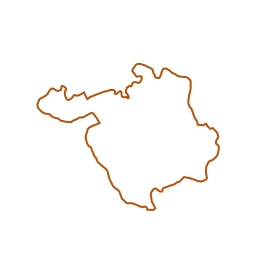 SVG path tracing the border of Ghazni, rotated 113°
{"feature_id": "AFG-1757", "entity_name": "Ghazni", "entity_type": "Province", "adm_level": 1, "iso_a3": "AFG", "parent_name": "Afghanistan", "parent_adm1": "", "projection": "natural_earth1", "projection_center": [67.708, 33.141], "detail": "fine", "context": "isolated", "style": "outline", "palette": "amber", "viewbox_px": 256, "rotation_deg": 113, "n_neighbors": 0, "source": "natural_earth", "source_scale": "10m", "svg_char_len": 5334}
<svg xmlns="http://www.w3.org/2000/svg" viewBox="0 0 256 256"><g transform="rotate(113 128 128)"><path d="M61.3,118.9L59.5,118.5L58.4,115.8L58.9,111.8L59.4,110.4L59.7,110.1L59.8,109.7L59.9,109.2L60.0,105.6L60.2,104.6L60.4,103.9L60.6,103.1L60.5,100.8L58.5,94.5L58.5,92.9L58.5,92.3L59.5,89.8L60.3,88.9L60.6,88.7L61.3,88.2L67.6,85.6L71.6,84.7L73.3,84.8L73.7,84.7L80.5,82.7L81.9,81.9L83.4,80.8L84.5,79.3L85.0,78.2L85.8,77.0L86.4,76.2L90.9,72.2L92.4,70.8L94.8,67.2L95.3,66.7L95.8,66.3L97.3,65.5L97.5,65.0L97.6,64.5L96.6,61.3L96.1,60.0L95.8,59.4L95.7,59.3L94.6,58.8L93.8,58.3L93.7,57.9L93.7,57.5L94.2,56.8L94.9,56.2L95.1,55.9L95.3,55.5L96.1,53.2L96.5,52.3L96.5,51.8L96.3,51.3L95.0,50.2L96.3,46.7L96.6,46.1L97.2,44.7L98.1,43.5L101.0,41.3L104.3,41.8L105.5,41.8L107.7,41.0L108.1,40.7L108.2,40.4L108.6,38.5L108.9,38.0L109.4,37.6L110.3,36.8L110.9,36.5L111.4,36.3L116.2,35.3L118.0,35.2L120.2,35.7L122.8,36.7L125.0,38.2L126.7,40.0L127.5,40.4L128.4,40.6L131.7,40.8L132.6,40.8L133.7,40.6L138.2,39.0L140.2,37.9L141.2,37.0L141.6,36.9L142.1,36.6L142.3,36.4L143.3,35.7L144.9,36.1L145.9,36.8L148.0,38.9L148.6,39.7L149.0,40.6L149.7,44.5L149.7,45.1L149.6,46.4L149.6,47.1L149.7,47.9L150.0,48.8L150.0,49.4L150.0,50.1L149.9,50.7L150.0,51.4L150.1,52.3L150.8,54.4L150.8,55.7L151.3,57.1L152.0,57.6L152.9,57.9L157.3,59.7L157.7,60.0L158.4,61.3L161.8,63.4L162.8,64.6L163.1,65.0L169.1,71.5L169.6,71.9L170.0,72.1L170.4,72.2L171.1,72.1L171.7,72.0L173.3,71.9L173.9,73.8L173.9,74.3L173.8,75.0L173.3,76.7L172.9,78.1L172.9,78.9L173.0,79.4L173.1,79.6L173.3,79.9L174.0,80.3L174.9,80.7L177.7,81.4L178.4,81.4L179.6,81.3L180.2,81.1L186.1,77.5L186.6,77.1L189.6,73.3L191.3,71.6L193.4,72.6L193.7,73.0L194.0,73.6L194.1,74.1L194.7,75.9L195.4,77.4L195.6,78.1L195.6,78.5L194.9,78.7L194.6,78.9L194.3,79.2L194.0,79.8L193.8,80.5L193.6,81.4L193.8,81.8L194.1,82.2L194.4,82.5L194.8,82.8L194.9,83.1L194.8,84.1L194.9,84.4L195.4,85.0L195.6,86.9L195.6,87.0L195.4,90.1L195.5,93.2L195.7,94.8L196.0,95.8L196.8,97.5L197.4,99.0L197.6,99.9L197.5,100.6L195.8,104.5L195.4,106.0L190.3,110.7L189.5,111.9L188.8,114.3L188.5,115.9L188.0,117.3L187.4,118.8L186.6,120.0L182.3,125.0L175.7,130.1L174.9,131.2L174.4,132.3L171.2,142.4L168.3,145.5L167.8,146.6L166.9,148.1L162.0,153.0L161.2,153.8L160.5,154.4L160.3,154.8L160.2,155.6L160.0,157.0L159.5,158.0L157.7,160.0L154.8,162.3L153.9,162.8L152.0,163.6L150.1,164.0L145.8,164.3L144.9,164.6L144.3,164.5L143.6,164.2L140.7,162.3L134.6,156.1L131.2,160.4L128.3,165.6L128.1,166.2L128.1,166.5L128.1,166.9L129.6,168.7L136.2,173.9L136.7,175.9L137.4,176.8L139.5,178.2L142.6,181.4L143.0,181.7L144.4,182.3L144.7,182.5L144.9,182.8L145.2,183.4L146.6,188.0L147.1,190.7L147.4,191.6L147.5,192.3L147.5,192.9L146.9,194.5L146.7,195.4L146.7,196.4L147.2,199.9L147.0,203.1L146.4,204.2L146.1,204.7L146.0,205.4L146.2,206.4L147.1,210.0L147.2,210.8L147.2,211.5L146.7,213.9L144.8,218.5L142.0,220.5L141.6,220.7L136.9,220.8L136.3,220.7L135.6,220.4L134.7,219.7L133.6,218.7L131.6,217.4L130.2,216.2L129.3,215.8L127.9,215.4L123.5,214.7L123.1,214.5L122.0,213.8L121.3,213.3L121.1,213.0L121.0,212.5L121.0,211.7L121.5,208.4L121.4,207.6L121.2,206.9L120.4,205.8L119.8,205.3L119.3,204.9L119.0,204.7L118.7,204.7L118.4,204.7L118.0,204.8L116.0,205.4L115.7,205.4L115.1,205.2L114.9,204.6L114.8,203.9L115.0,202.6L115.2,201.7L115.6,200.9L116.0,200.5L116.4,200.1L116.6,200.0L116.8,199.9L117.1,199.9L118.2,200.2L118.9,200.3L119.1,200.4L119.4,200.3L119.8,200.2L121.7,199.2L123.0,198.3L124.2,197.2L125.1,196.1L125.4,195.6L125.6,195.1L125.7,194.6L125.6,194.2L125.3,193.6L124.7,192.9L122.3,191.4L121.8,191.2L119.1,190.7L118.9,190.5L118.7,190.3L118.1,187.3L117.0,185.9L112.5,182.4L117.3,176.9L117.4,176.6L117.2,176.4L114.8,175.3L114.1,174.8L103.3,163.6L103.1,163.3L103.0,162.5L102.8,162.2L101.0,160.5L99.2,157.7L98.8,156.6L98.8,155.7L98.9,155.3L99.0,154.9L99.2,154.5L99.4,154.2L99.7,154.0L99.9,153.9L100.9,153.8L101.2,153.7L101.4,153.5L101.6,153.3L101.6,153.0L101.5,152.7L101.3,152.4L101.0,151.9L100.4,151.5L97.9,150.4L97.5,150.1L97.1,149.4L97.1,148.9L97.2,148.5L97.5,148.2L100.2,146.7L100.6,146.4L100.9,146.1L101.2,145.7L101.4,145.3L101.4,144.9L101.4,144.4L101.3,143.8L101.1,143.3L100.9,142.9L100.8,142.7L100.5,142.3L100.1,141.8L100.0,141.7L100.0,141.4L100.1,141.2L100.2,140.9L100.5,140.4L100.6,140.2L100.6,139.9L100.7,139.6L100.5,139.4L100.1,139.3L99.3,139.4L98.9,139.7L98.6,139.9L97.4,141.4L96.6,142.8L96.0,143.7L95.6,144.1L95.2,144.3L94.8,144.5L94.3,144.6L92.1,144.6L91.6,144.8L91.2,144.8L90.9,144.6L90.3,144.0L89.9,143.7L88.9,143.4L88.7,143.2L88.6,142.9L88.7,142.2L88.6,141.9L88.5,141.6L88.4,141.4L88.1,141.2L87.8,141.1L87.1,141.1L84.9,141.4L84.6,141.4L84.3,141.2L83.8,140.7L83.1,139.6L82.8,138.8L82.6,138.0L82.5,136.2L82.4,135.8L82.2,135.5L81.8,135.2L81.2,135.0L79.1,134.5L77.2,134.7L76.2,135.0L75.9,135.2L75.6,135.5L75.5,135.9L75.5,136.7L75.7,137.3L76.1,138.0L77.0,139.5L77.2,139.8L77.3,140.2L77.1,140.8L76.6,141.7L75.4,143.4L74.5,145.1L74.4,145.6L74.2,146.0L73.8,146.3L73.4,146.5L71.2,146.5L70.4,146.2L66.9,145.4L66.1,144.9L65.5,144.3L64.9,143.4L64.4,142.1L64.1,140.5L63.8,137.4L63.8,136.0L63.9,135.0L64.1,134.5L64.1,133.9L64.0,131.4L64.2,130.2L64.3,129.9L64.4,128.9L64.5,128.6L64.6,128.3L64.9,128.0L67.4,126.2L67.8,125.7L68.3,124.7L68.6,124.3L69.0,124.0L70.2,123.4L70.4,123.1L70.6,122.5L70.6,121.7L70.5,120.4L70.1,119.5L69.7,118.8L68.5,118.5L61.3,118.9Z" fill="none" stroke="#b45309" stroke-width="2"/></g></svg>